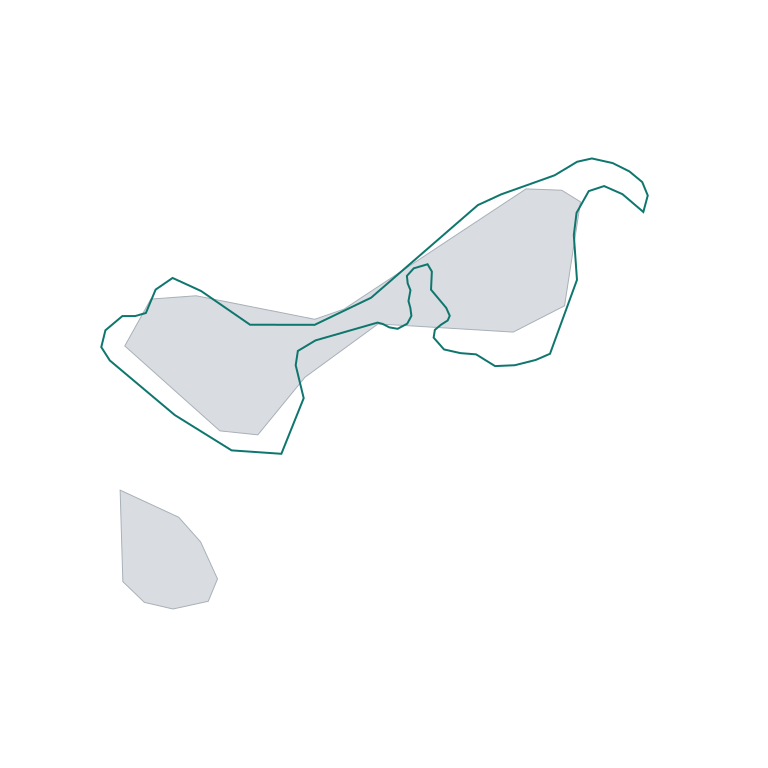 location of Miquelon-Langlade within Saint Pierre and Miquelon, rotated 74°
{"feature_id": "SPM-4867", "entity_name": "Miquelon-Langlade", "entity_type": "Commune", "adm_level": 1, "iso_a3": "SPM", "parent_name": "Saint Pierre and Miquelon", "parent_adm1": "", "projection": "natural_earth1", "projection_center": [-56.329, 46.961], "detail": "fine", "context": "in_parent", "style": "outline", "palette": "teal", "viewbox_px": 768, "rotation_deg": 74, "n_neighbors": 0, "source": "natural_earth", "source_scale": "10m", "svg_char_len": 1280}
<svg xmlns="http://www.w3.org/2000/svg" viewBox="0 0 768 768"><g transform="rotate(74 384 384)"><path d="M383.8,554.7L276.0,622.7L238.1,584.7L247.4,540.3L302.7,432.8L301.0,401.8L235.6,193.7L246.7,159.8L263.1,144.9L358.6,188.9L369.7,245.5L324.6,373.2L355.7,458.1L398.1,519.3L383.8,554.7ZM527.9,674.5L502.0,689.5L413.3,666.9L455.5,618.1L485.3,603.8L525.5,597.8L544.4,612.8L542.1,648.9L527.9,674.5Z" fill="#d9dde1" stroke="#a8b0b8" stroke-width="1"/><path d="M375.5,465.1L422.8,501.9L405.8,548.8L356.3,593.6L285.8,641.1L270.6,645.6L255.6,637.0L246.6,616.8L250.1,604.4L250.1,593.3L230.3,577.5L223.8,558.0L244.2,534.2L290.1,496.4L308.0,434.4L297.5,372.6L237.9,244.5L234.0,219.1L230.4,162.5L223.6,137.1L224.5,122.0L234.6,103.4L247.3,89.5L261.1,80.1L275.5,78.5L290.1,87.3L267.2,102.5L254.4,117.9L255.0,134.0L272.5,151.7L293.2,160.5L337.1,169.8L400.7,216.1L402.7,231.6L402.0,253.1L397.4,272.3L380.9,287.3L375.4,302.0L367.3,316.8L353.1,323.5L346.0,320.2L342.7,312.8L340.5,305.3L336.6,302.0L328.0,303.2L306.3,312.8L289.1,307.0L280.9,309.1L281.0,323.5L286.4,332.2L293.9,333.5L301.1,332.7L311.0,337.6L318.2,337.7L326.1,338.9L332.4,345.0L334.7,355.7L331.0,363.3L325.9,368.7L323.2,373.3L323.2,437.8L328.5,457.7L341.6,463.7L375.5,465.1Z" fill="none" stroke="#0f766e" stroke-width="2"/></g></svg>